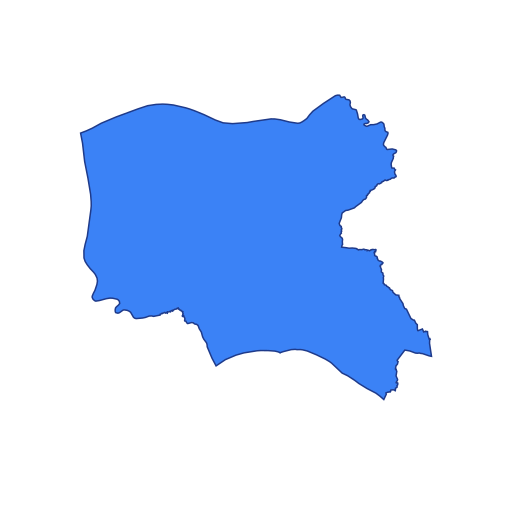 Phu Wiang, Khon Kaen, Thailand, rotated 250°
{"feature_id": "78962969B4805162341011", "entity_name": "Phu Wiang", "entity_type": "district", "adm_level": 2, "iso_a3": "THA", "parent_name": "Thailand", "parent_adm1": "Khon Kaen", "projection": "robinson", "projection_center": [102.416, 16.673], "detail": "fine", "context": "isolated", "style": "filled", "palette": "blue", "viewbox_px": 512, "rotation_deg": 250, "n_neighbors": 0, "source": "geoboundaries", "source_scale": "gbopen_adm2", "svg_char_len": 6109}
<svg xmlns="http://www.w3.org/2000/svg" viewBox="0 0 512 512"><g transform="rotate(250 256 256)"><path d="M101.7,386.6L114.6,389.2L118.0,390.6L118.0,391.1L118.9,391.1L118.9,390.3L123.4,390.5L126.3,391.3L126.7,390.7L126.9,389.6L127.3,389.6L127.3,387.6L130.5,387.4L130.4,382.7L130.7,382.5L132.3,382.7L136.3,384.1L138.1,383.2L141.5,382.9L141.5,382.5L142.1,381.9L144.3,380.2L154.6,379.2L155.8,377.8L158.9,377.5L161.0,377.8L166.6,376.5L168.2,376.7L168.8,376.3L170.2,376.8L171.6,374.1L175.0,372.3L176.8,372.4L178.5,370.7L180.4,370.5L180.5,370.1L181.8,369.5L182.8,368.5L183.7,368.5L184.1,368.2L185.1,366.8L186.4,366.8L187.0,366.2L190.9,368.0L191.9,368.1L193.5,369.2L194.9,368.9L196.5,369.4L198.2,368.3L200.4,369.3L202.4,369.1L203.2,369.4L204.1,369.1L204.9,369.9L204.9,371.0L205.4,371.2L205.3,371.8L206.1,373.0L207.1,372.6L208.7,371.2L208.8,370.6L209.4,370.0L210.7,369.2L212.1,369.3L212.6,369.1L213.0,369.4L213.7,369.5L214.5,369.1L215.2,368.1L216.0,367.7L217.4,368.2L218.6,368.1L219.5,368.9L219.0,369.7L220.7,370.9L221.2,370.7L221.3,369.7L222.3,367.9L222.2,367.6L222.5,366.7L222.3,366.2L222.5,365.8L222.1,365.0L222.1,364.4L223.0,363.5L223.0,362.9L223.2,363.1L223.9,362.2L224.5,361.1L224.5,360.5L225.3,360.0L225.6,359.5L225.8,357.5L226.6,355.6L226.7,354.2L227.6,353.8L227.8,353.3L228.5,353.1L229.1,352.2L230.6,349.1L231.5,346.1L233.0,343.5L235.0,339.5L236.7,340.5L237.2,341.3L239.9,342.0L241.9,343.0L243.2,343.1L245.4,341.9L246.6,341.7L247.9,343.2L248.2,344.0L249.5,344.2L250.0,345.0L251.5,345.1L251.7,345.6L252.6,346.1L253.5,345.8L254.0,346.1L254.7,346.2L255.9,345.3L258.2,345.3L262.7,349.3L265.6,350.7L267.0,351.8L268.1,355.8L267.6,358.2L267.6,365.0L268.3,366.5L270.3,373.4L271.6,375.2L272.2,376.7L272.1,378.2L272.5,379.0L273.4,380.0L274.8,380.4L274.9,381.4L275.3,381.5L275.6,382.4L276.1,382.6L276.6,384.3L277.5,384.7L277.7,385.6L278.5,385.7L278.4,387.6L278.6,389.5L278.9,390.0L278.8,390.3L279.4,391.2L280.5,391.8L280.6,393.2L281.0,393.8L281.4,393.9L281.8,394.4L282.0,395.0L282.1,395.7L281.6,396.4L281.6,397.0L282.0,399.3L282.7,399.8L282.6,401.5L283.0,402.2L283.3,403.3L282.4,404.1L282.1,405.4L282.3,405.6L282.1,406.1L282.4,406.4L282.2,408.6L282.7,409.7L282.6,411.3L282.3,411.7L282.1,412.7L282.6,413.4L282.5,414.4L283.0,415.0L284.2,415.0L285.3,414.6L287.2,414.8L288.2,415.2L289.2,416.5L289.8,416.0L291.3,415.9L292.2,413.8L293.3,413.8L296.1,414.4L297.5,415.2L300.8,418.4L302.2,419.0L302.7,419.5L303.5,419.1L304.2,419.3L304.8,420.1L305.3,422.8L306.0,423.6L306.9,424.1L307.9,423.7L310.0,420.6L311.2,415.7L311.7,415.3L313.7,415.2L314.4,414.6L316.3,413.8L317.5,414.0L318.8,414.8L324.6,420.9L326.1,422.0L327.1,422.2L328.5,420.6L329.9,420.1L332.0,420.8L333.6,420.7L335.7,421.2L336.7,421.2L338.4,420.3L339.1,419.4L339.2,418.7L338.7,414.8L339.2,411.4L340.2,408.6L339.9,405.0L340.1,404.2L341.6,402.7L342.4,402.3L343.0,402.6L343.2,404.0L342.7,405.2L342.7,406.6L342.9,407.4L343.6,408.1L345.8,407.4L346.6,406.7L348.0,406.1L351.1,406.4L351.9,405.8L352.0,405.0L351.8,404.6L351.2,404.2L349.0,403.8L348.4,403.0L348.6,400.7L349.1,399.7L349.8,399.4L350.8,399.3L354.7,400.0L358.8,400.2L359.3,399.9L361.3,396.9L361.9,396.5L364.0,395.9L366.0,396.0L368.0,397.2L369.7,397.4L371.0,396.7L372.3,394.4L372.8,394.0L373.3,393.8L374.4,393.9L375.1,393.6L375.4,393.2L375.6,391.3L376.0,390.1L378.5,389.6L379.3,387.5L379.5,385.4L376.3,371.6L372.6,358.9L370.3,354.6L367.8,350.8L366.7,347.1L366.2,344.7L366.0,342.8L366.4,340.7L370.5,333.2L375.7,325.5L378.3,320.6L379.7,317.0L383.4,299.3L384.4,293.4L388.4,279.2L392.4,270.6L397.7,264.3L406.6,255.5L413.6,247.8L416.9,243.8L419.3,240.6L426.1,230.1L428.7,224.9L430.6,220.4L432.6,214.0L434.3,205.6L434.6,195.6L434.5,172.2L433.7,156.0L432.1,145.8L431.6,139.4L431.5,133.2L421.4,131.6L403.4,127.3L386.6,124.7L370.6,121.7L363.4,119.7L359.4,118.3L356.0,116.7L332.2,104.2L325.3,99.4L319.9,96.1L313.0,93.7L309.3,93.6L305.5,94.4L300.8,95.9L296.2,97.9L293.6,98.7L289.6,99.1L286.6,98.4L283.7,96.8L278.8,92.9L276.5,90.4L274.2,88.3L273.0,87.9L271.0,88.1L269.2,89.1L268.4,90.0L267.7,93.6L267.1,100.8L266.4,104.4L265.4,106.8L262.9,110.7L262.1,111.4L260.2,112.1L258.0,111.7L256.9,109.9L255.9,107.3L255.2,106.2L253.5,105.2L251.7,104.7L250.8,104.8L249.7,106.3L249.4,107.4L249.5,108.5L250.6,112.5L250.5,113.6L249.1,116.2L247.9,117.6L246.1,118.9L240.4,119.9L239.2,120.6L238.2,121.9L236.5,128.3L236.1,131.1L236.1,135.1L235.4,137.4L234.3,139.1L233.3,145.7L234.0,146.0L233.9,146.6L234.3,147.7L234.0,147.9L233.9,148.3L234.2,148.7L234.0,149.9L234.3,150.5L234.1,151.1L233.3,151.4L233.3,152.3L232.6,153.1L233.9,153.6L233.2,155.0L233.4,156.1L232.8,156.6L233.4,157.1L233.5,158.1L232.8,158.5L232.7,158.8L233.0,159.3L233.5,159.2L233.4,160.1L233.7,161.3L233.4,163.2L233.8,163.7L233.8,165.1L232.7,164.9L232.5,165.6L231.9,165.6L231.2,166.0L231.0,166.6L230.6,166.7L230.4,167.0L230.0,166.9L228.8,168.2L227.9,167.6L227.0,167.9L226.2,167.2L225.7,167.1L225.1,167.5L224.9,166.2L224.7,166.2L224.0,166.7L224.1,167.3L222.9,167.8L221.1,167.7L220.2,167.0L219.5,166.8L219.1,167.0L218.7,167.9L217.2,168.0L216.0,168.5L215.8,169.2L215.5,172.7L214.6,174.3L213.5,174.8L212.8,175.5L212.1,176.9L211.0,177.4L210.7,177.8L207.0,177.8L203.3,178.6L198.2,178.2L195.7,178.5L191.3,179.8L189.4,179.7L187.3,179.1L175.1,179.7L166.4,180.9L169.1,191.8L169.7,203.3L169.1,211.5L166.6,224.5L165.5,228.3L162.9,235.2L160.2,241.2L158.5,243.8L157.5,245.0L156.7,245.5L156.9,246.1L156.8,249.1L156.0,257.0L154.9,260.9L154.0,262.5L152.9,265.7L151.9,267.7L149.2,271.7L142.4,279.1L135.4,285.9L131.6,289.0L129.5,290.4L116.5,296.9L112.1,301.2L105.3,306.3L101.1,309.0L93.5,315.0L86.2,321.7L82.3,324.3L77.4,327.0L81.5,331.1L82.9,331.3L83.0,333.1L82.7,334.3L82.8,334.6L82.3,335.6L82.8,336.2L83.0,336.1L83.9,336.9L83.4,338.9L82.8,340.1L81.8,340.7L82.2,341.1L84.0,341.8L84.4,343.6L85.4,344.1L86.1,344.2L86.5,345.1L87.8,345.7L88.3,345.7L88.8,344.4L89.1,344.4L89.8,345.0L90.7,346.3L91.5,346.8L95.4,346.6L99.6,348.9L100.6,348.7L101.6,349.0L101.9,348.4L102.4,348.5L104.9,350.0L106.0,351.9L108.2,353.4L109.1,352.9L109.8,353.0L116.7,363.7L114.2,368.0L110.3,372.6L109.4,374.5L109.0,376.3L108.2,377.3L107.3,379.1L102.9,384.6L101.7,386.6Z" fill="#3b82f6" stroke="#1e3a8a" stroke-width="1.5"/></g></svg>